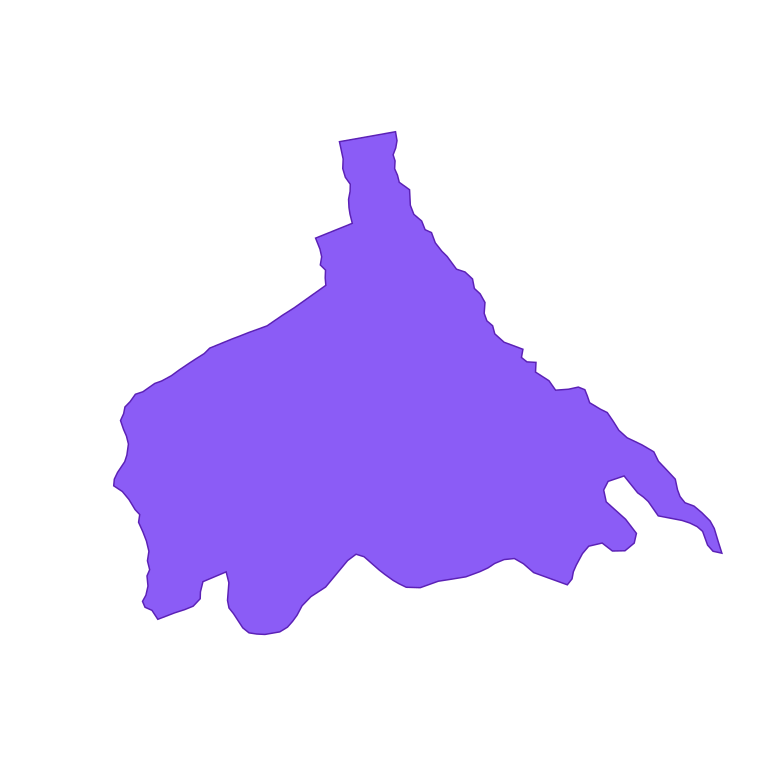 Ibiporã, Paraná, Brazil, rotated 76°
{"feature_id": "56859067B81750703494114", "entity_name": "Ibiporã", "entity_type": "district", "adm_level": 2, "iso_a3": "BRA", "parent_name": "Brazil", "parent_adm1": "Paraná", "projection": "mercator", "projection_center": [-51.033, -23.227], "detail": "fine", "context": "isolated", "style": "filled", "palette": "violet", "viewbox_px": 768, "rotation_deg": 76, "n_neighbors": 0, "source": "geoboundaries", "source_scale": "gbopen_adm2", "svg_char_len": 2447}
<svg xmlns="http://www.w3.org/2000/svg" viewBox="0 0 768 768"><g transform="rotate(76 384 384)"><path d="M595.8,568.0L598.2,560.1L599.3,545.1L596.6,536.5L592.1,530.0L587.3,524.3L579.4,517.2L572.6,506.3L566.9,489.8L546.5,462.0L542.4,452.3L546.8,445.1L563.4,433.6L568.9,429.3L576.8,422.6L581.4,417.8L586.6,411.6L590.4,398.1L588.5,379.0L589.7,365.8L590.9,351.2L589.3,336.5L587.6,327.6L584.9,320.0L583.4,309.9L584.9,299.7L592.1,292.2L603.2,284.4L623.2,254.7L618.6,248.7L612.0,245.7L606.3,241.3L596.6,232.5L590.9,224.6L591.1,210.8L601.3,202.8L604.1,190.5L598.9,179.7L590.0,175.2L573.7,182.3L552.1,196.9L540.0,196.5L532.7,190.1L531.3,173.3L551.0,164.2L556.5,159.6L562.0,156.0L578.3,149.8L588.5,127.8L592.8,121.0L598.2,114.6L604.1,110.5L618.6,109.0L625.9,105.2L629.9,97.1L618.4,97.8L604.1,98.5L595.8,100.7L585.8,106.7L577.5,112.7L572.0,120.7L564.8,124.0L557.6,124.8L546.8,124.4L537.8,129.4L525.4,136.4L515.1,138.6L510.2,143.6L505.4,148.5L495.0,161.1L485.8,167.3L475.7,170.6L465.7,174.3L460.9,180.0L451.9,189.0L444.7,189.6L438.1,190.5L434.0,196.2L433.7,206.2L431.5,219.0L420.8,223.1L409.1,234.1L399.8,231.3L397.1,240.0L391.5,244.2L383.9,240.8L372.5,257.4L362.1,264.4L353.8,264.5L347.6,268.9L339.7,269.7L329.3,266.3L319.8,268.9L313.2,273.2L303.5,272.7L294.9,278.3L290.1,285.9L275.5,291.9L269.3,295.7L259.4,300.1L248.6,301.3L244.2,306.8L235.0,308.0L226.6,314.0L216.9,315.2L201.7,312.2L192.0,320.4L184.7,320.4L177.7,321.6L170.2,319.3L163.8,319.7L157.8,315.5L151.0,312.5L142.0,311.8L138.1,368.6L155.8,369.2L165.0,371.9L174.1,371.5L182.0,368.4L188.9,370.3L196.2,373.7L204.4,375.3L211.0,375.9L220.4,375.9L225.9,415.1L237.6,413.5L245.5,413.7L253.1,417.0L259.3,413.2L266.9,415.4L274.2,416.6L288.3,452.6L292.7,465.8L299.3,483.5L301.3,502.7L302.7,513.2L303.5,520.2L307.0,544.4L311.0,551.1L314.1,560.5L316.7,568.0L320.7,579.0L324.5,588.3L327.3,599.2L328.0,606.3L333.2,619.8L333.8,627.7L339.7,634.6L343.6,640.9L349.8,643.8L355.7,648.5L365.0,647.7L372.2,646.5L380.4,646.5L390.8,650.7L396.7,654.4L405.3,663.9L411.1,668.7L417.4,670.9L425.0,663.9L434.4,659.4L445.7,655.9L451.6,652.6L458.8,655.6L469.2,653.7L478.9,652.5L489.5,652.6L498.3,656.3L507.5,656.3L512.9,660.4L523.0,661.9L531.3,666.1L536.5,670.9L542.8,669.9L547.5,663.9L557.6,660.4L555.4,642.4L554.7,632.0L553.4,622.9L547.9,614.3L541.3,612.4L532.0,607.5L528.1,582.6L539.3,582.6L556.1,588.2L563.8,588.6L570.4,585.6L586.5,580.0L592.8,575.2L595.8,568.0Z" fill="#8b5cf6" stroke="#5b21b6" stroke-width="1.5"/></g></svg>